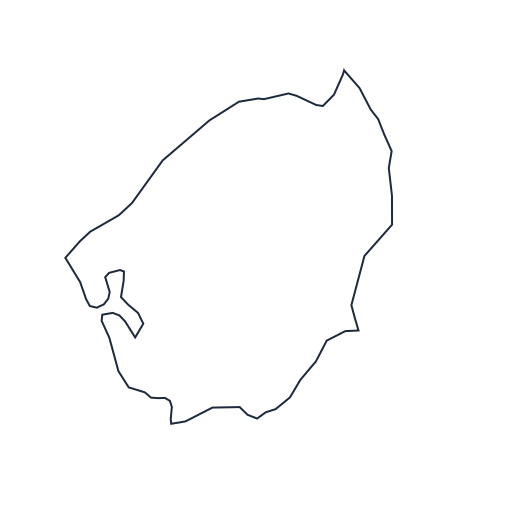 SVG path tracing the border of Nord-Est, rotated 237°
{"feature_id": "HTI-1386", "entity_name": "Nord-Est", "entity_type": "Department", "adm_level": 1, "iso_a3": "HTI", "parent_name": "Haiti", "parent_adm1": "", "projection": "robinson", "projection_center": [-71.895, 19.504], "detail": "fine", "context": "isolated", "style": "outline", "palette": "slate", "viewbox_px": 512, "rotation_deg": 237, "n_neighbors": 0, "source": "natural_earth", "source_scale": "10m", "svg_char_len": 1086}
<svg xmlns="http://www.w3.org/2000/svg" viewBox="0 0 512 512"><g transform="rotate(237 256 256)"><path d="M358.3,95.1L364.3,116.5L366.7,130.3L366.0,142.7L364.9,163.2L368.0,180.9L387.0,229.8L395.1,290.8L394.7,325.7L386.9,343.6L383.2,348.1L374.6,371.8L368.1,377.4L349.9,388.7L345.4,393.7L348.8,409.2L360.9,427.8L363.7,431.0L363.4,431.0L340.4,434.3L316.5,432.0L304.0,433.0L288.5,429.8L270.1,426.9L257.5,415.3L232.4,402.8L208.2,387.2L197.0,347.0L162.8,309.2L150.1,305.1L137.7,301.4L144.4,289.9L146.5,269.2L135.0,248.9L128.0,225.8L118.9,207.4L116.9,189.1L119.6,179.1L119.1,168.4L127.3,162.5L138.2,160.0L152.6,136.9L155.7,106.8L158.2,100.9L161.5,93.5L166.0,95.9L175.2,103.2L181.4,104.9L186.6,102.3L190.1,96.5L194.4,90.8L202.2,88.5L215.1,77.7L234.3,77.9L267.4,88.5L285.6,91.2L290.5,95.1L286.3,104.9L280.5,109.1L272.4,110.6L253.5,110.3L260.6,124.6L272.4,126.1L285.1,122.2L295.1,120.4L307.4,131.6L314.9,136.8L318.3,134.3L321.9,123.6L320.4,118.0L305.5,113.7L300.7,108.9L298.3,102.1L299.4,94.3L304.6,89.4L312.3,90.0L329.8,94.3L358.3,95.1Z" fill="none" stroke="#1e293b" stroke-width="2"/></g></svg>